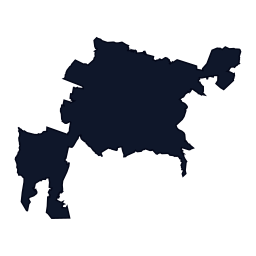 San Agustín Tlaxiaca, Hidalgo, Mexico
{"feature_id": "50627088B66732332939246", "entity_name": "San Agustín Tlaxiaca", "entity_type": "district", "adm_level": 2, "iso_a3": "MEX", "parent_name": "Mexico", "parent_adm1": "Hidalgo", "projection": "orthographic", "projection_center": [-98.945, 20.076], "detail": "fine", "context": "isolated", "style": "filled", "palette": "ink", "viewbox_px": 256, "rotation_deg": 0, "n_neighbors": 0, "source": "geoboundaries", "source_scale": "gbopen_adm2", "svg_char_len": 5674}
<svg xmlns="http://www.w3.org/2000/svg" viewBox="0 0 256 256"><path d="M96.7,37.8L94.1,40.5L94.9,46.5L95.7,48.4L96.7,48.4L97.2,49.1L96.6,50.1L94.7,51.2L95.5,51.6L95.1,54.1L95.4,56.0L95.0,57.3L94.3,57.9L93.8,60.0L88.6,64.6L88.4,65.2L86.6,64.7L86.1,64.1L84.2,64.0L83.7,64.3L75.3,60.2L71.9,64.2L71.1,65.9L69.9,66.7L67.2,70.2L66.2,72.5L66.6,72.9L65.4,74.7L65.2,77.3L64.5,78.3L63.6,78.7L81.8,85.8L82.7,86.4L83.3,87.7L83.2,88.7L78.0,88.1L77.4,87.6L77.2,88.0L76.4,87.9L76.2,88.4L74.7,88.4L74.7,88.0L74.1,88.1L74.0,87.5L73.6,87.5L72.5,93.9L70.7,93.9L70.2,98.2L71.7,98.5L71.4,100.0L74.4,100.9L70.8,102.7L70.8,102.3L64.1,100.2L63.4,104.0L63.9,105.6L62.0,105.0L61.8,105.2L61.6,107.3L60.7,108.7L60.6,111.3L61.5,113.9L61.8,119.1L62.7,120.5L62.3,121.1L65.1,123.2L66.7,123.2L69.4,121.7L70.6,122.1L70.7,122.6L69.6,128.5L69.5,131.0L69.2,131.8L67.9,133.2L67.6,134.6L47.0,127.3L46.8,131.5L43.8,131.7L42.9,132.3L42.3,133.3L40.7,134.3L40.2,134.0L39.3,134.4L38.7,133.9L38.2,134.1L38.2,134.7L34.5,134.6L26.8,132.7L24.3,131.0L22.5,131.4L22.4,130.6L21.3,130.2L21.2,129.5L19.6,128.7L18.4,127.3L18.8,128.9L19.8,129.8L18.7,131.0L19.6,132.5L19.9,134.5L19.5,136.6L18.9,137.8L19.1,140.5L19.7,143.0L19.6,143.7L19.9,144.0L19.7,144.7L20.2,145.3L19.3,147.9L19.9,149.6L19.0,151.9L18.4,152.3L17.8,155.0L17.2,155.3L16.6,157.1L15.8,157.3L15.4,159.3L17.0,163.6L17.2,165.3L16.9,167.3L17.9,169.2L17.6,172.6L18.5,173.4L18.8,175.0L20.8,175.0L21.9,175.5L22.4,176.5L24.2,178.1L24.1,182.2L22.4,192.4L21.4,201.7L26.6,210.5L27.4,210.6L28.7,204.0L30.1,202.0L28.3,198.9L29.4,197.3L33.7,195.7L36.5,193.5L36.8,192.1L35.9,190.1L35.4,189.7L35.1,190.9L34.6,190.5L35.1,189.7L34.0,189.9L33.1,188.5L33.9,188.6L34.0,188.3L33.8,188.1L34.1,187.6L33.8,187.5L34.4,187.1L35.2,183.3L39.8,180.4L40.6,180.2L40.8,180.6L41.2,180.6L41.3,180.0L41.9,179.8L42.4,179.2L45.4,179.3L45.8,178.6L45.8,178.0L48.9,177.6L49.7,182.4L49.3,187.2L51.9,188.2L50.7,190.2L49.7,189.9L48.5,192.3L50.0,195.2L49.6,196.4L49.2,196.4L49.4,197.2L47.8,197.1L47.4,206.2L46.5,212.4L48.1,213.6L51.7,218.2L69.6,217.9L67.0,206.4L66.1,208.0L61.9,207.6L62.6,205.2L62.3,205.2L62.2,204.7L64.2,204.0L62.1,203.0L62.8,201.7L61.2,202.5L56.3,200.1L57.3,197.2L58.6,197.8L59.1,196.5L58.3,196.1L59.0,194.9L58.3,194.6L59.1,193.2L59.6,192.6L59.9,192.9L60.4,192.2L61.5,192.7L62.6,191.5L62.0,191.2L62.4,190.5L62.0,190.2L62.5,189.4L62.1,185.0L62.6,180.7L66.8,171.7L68.7,166.2L69.1,163.2L68.5,163.1L68.2,164.6L66.8,164.4L66.8,162.2L65.7,161.2L64.8,160.9L65.3,158.1L65.9,158.1L68.4,146.6L71.9,147.2L73.3,145.8L76.7,139.9L77.9,138.5L78.4,136.4L79.4,135.4L80.3,135.9L81.1,134.4L80.7,136.7L81.4,138.7L82.9,140.2L83.7,140.4L84.1,141.2L86.0,142.1L86.5,143.6L87.5,144.1L88.5,145.8L91.1,147.2L93.5,150.6L95.2,151.7L95.5,152.9L97.6,154.0L98.7,155.3L99.2,155.3L100.3,154.6L102.3,156.5L101.1,153.9L101.0,152.4L108.4,147.8L109.6,148.4L110.4,148.3L111.7,149.0L116.4,150.3L117.1,149.9L117.2,148.2L117.7,147.4L120.8,146.7L121.9,146.8L122.8,151.0L124.1,154.6L123.9,156.7L124.1,156.7L125.6,156.5L126.6,155.4L134.4,151.9L135.5,150.3L137.3,151.6L141.2,151.2L142.6,149.7L144.4,149.4L145.5,148.7L150.0,150.4L151.5,150.3L151.5,149.8L152.5,149.7L156.3,153.8L157.4,154.0L158.2,153.2L160.6,152.6L161.5,153.4L162.4,153.5L167.5,153.3L168.7,153.6L169.9,155.1L173.0,155.4L174.9,156.3L175.6,156.0L176.7,156.2L177.5,155.9L179.3,157.4L179.8,158.6L181.2,158.7L181.1,161.2L182.5,162.4L182.6,163.1L181.7,163.8L181.1,165.3L181.6,166.1L181.6,167.4L182.2,168.3L181.9,169.5L182.9,169.6L183.5,170.2L183.3,171.4L182.3,173.8L183.0,176.2L185.8,173.6L185.1,170.6L186.0,162.2L186.6,161.6L184.7,158.7L183.7,156.6L183.6,155.4L182.6,153.7L183.7,153.7L181.3,151.9L182.7,150.9L181.1,149.5L181.3,148.5L181.9,147.5L189.1,149.7L190.1,149.5L191.1,148.8L193.4,148.0L189.9,145.1L189.7,144.4L188.1,143.9L185.9,140.9L185.2,141.2L184.6,134.5L183.8,132.9L181.7,131.2L178.4,129.7L176.8,127.9L175.8,125.3L182.2,119.3L184.0,116.4L185.8,110.7L185.0,109.7L185.4,108.6L186.1,108.8L187.1,107.6L187.2,106.8L186.3,105.2L185.0,104.2L184.9,103.7L181.4,102.0L181.2,100.8L179.5,99.4L181.8,97.5L183.5,96.8L185.4,93.8L187.6,92.4L187.9,91.7L188.9,92.3L188.9,91.8L190.1,91.8L191.3,89.7L190.6,89.3L190.8,89.0L192.4,88.9L198.5,93.1L198.4,93.5L199.8,93.9L201.6,94.9L202.0,94.4L204.8,95.0L202.4,92.4L203.3,91.2L203.2,86.5L202.4,86.2L200.3,83.7L199.9,82.3L198.5,82.1L198.4,79.8L199.5,79.2L199.4,77.7L201.9,77.8L206.6,76.9L207.0,78.8L207.5,78.8L207.9,76.7L211.4,76.0L211.4,76.5L213.2,76.9L213.4,75.7L215.0,75.4L217.6,75.5L218.0,76.0L217.9,80.6L216.0,83.6L220.6,87.6L223.7,89.5L233.4,80.4L233.1,78.5L233.9,78.0L233.9,76.2L234.4,75.9L234.2,73.7L233.8,74.0L230.3,72.2L227.3,71.2L228.6,70.6L229.5,68.6L231.0,67.0L233.5,66.8L234.5,67.3L236.1,65.5L236.9,65.3L237.8,64.2L239.4,63.5L238.7,62.5L239.1,61.7L238.9,60.5L239.4,59.9L239.2,59.0L239.5,57.7L239.1,56.5L240.6,51.7L239.9,49.8L239.2,49.3L234.7,49.1L234.0,48.6L229.3,48.9L225.3,47.0L222.2,49.6L220.0,48.3L219.5,48.9L218.8,48.4L217.2,48.2L212.1,50.3L207.0,63.7L202.7,68.6L202.8,70.5L196.7,69.4L196.5,66.1L177.1,59.9L173.2,62.4L172.4,61.9L172.1,62.7L170.1,63.9L169.6,63.5L170.3,62.8L170.4,62.3L169.0,60.9L169.3,60.3L169.1,59.8L168.2,59.5L167.6,58.4L166.5,58.2L165.9,57.7L165.2,57.8L162.1,59.8L160.6,59.8L160.2,59.2L159.4,59.1L158.9,59.9L157.7,60.3L157.1,60.1L155.6,61.0L152.9,59.6L153.5,56.6L146.3,54.7L144.8,51.4L143.7,51.6L144.3,53.7L142.8,52.7L136.5,53.2L136.3,51.1L135.2,50.3L133.3,51.8L132.9,51.3L132.3,51.4L133.2,50.3L132.1,50.1L131.8,50.5L131.0,49.8L130.6,50.8L128.3,50.0L128.0,50.6L127.7,50.5L128.3,49.0L128.7,48.8L128.4,47.5L127.5,47.1L128.4,45.7L126.1,44.8L122.0,42.3L118.1,43.1L115.6,43.1L114.4,42.4L113.3,42.2L107.4,42.6L102.0,40.8L100.6,39.4L97.7,38.5L96.7,37.8Z" fill="#0f172a" stroke="#020617" stroke-width="1.5"/></svg>